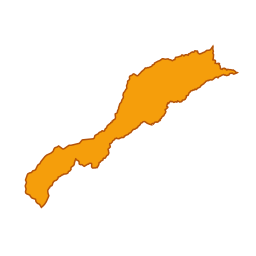 Mathioya, Central, Kenya (Albers equal-area conic projection), rotated 314°
{"feature_id": "3690345B56624904262086", "entity_name": "Mathioya", "entity_type": "district", "adm_level": 2, "iso_a3": "KEN", "parent_name": "Kenya", "parent_adm1": "Central", "projection": "albers", "projection_center": [36.931, -0.636], "detail": "fine", "context": "isolated", "style": "filled", "palette": "amber", "viewbox_px": 256, "rotation_deg": 314, "n_neighbors": 0, "source": "geoboundaries", "source_scale": "gbopen_adm2", "svg_char_len": 5945}
<svg xmlns="http://www.w3.org/2000/svg" viewBox="0 0 256 256"><g transform="rotate(314 128 128)"><path d="M240.3,166.7L242.9,167.9L243.8,168.2L243.6,167.6L242.8,167.0L243.2,165.9L242.8,163.3L242.2,163.0L241.3,161.4L240.3,160.3L239.6,159.1L239.0,158.7L238.4,158.9L238.2,158.5L238.4,157.2L238.1,156.1L237.7,156.2L237.1,155.0L236.4,154.8L235.6,155.0L235.3,154.5L235.2,153.9L234.8,153.5L235.0,153.0L235.4,152.8L236.6,151.0L237.0,149.7L236.9,149.2L237.8,148.9L237.3,148.0L235.9,147.1L235.5,145.9L235.2,145.7L237.0,144.4L237.2,143.9L236.7,142.6L236.0,141.8L236.3,141.4L237.3,141.0L240.2,138.6L240.8,137.0L242.5,136.1L243.2,134.8L244.5,133.4L245.5,132.8L245.8,132.3L241.7,132.9L240.5,132.5L238.5,130.7L235.6,130.3L234.5,129.6L233.5,129.4L233.1,129.1L232.5,129.0L231.7,128.4L231.1,128.3L230.8,127.7L230.7,125.6L230.9,125.2L231.5,124.9L231.5,124.3L231.1,124.0L230.0,122.5L229.4,122.4L228.4,122.7L227.9,122.4L227.5,121.5L226.9,121.4L226.5,121.0L224.6,120.8L223.6,120.2L223.1,120.2L222.6,120.6L222.1,120.7L221.6,119.4L220.4,118.3L218.7,118.2L218.6,116.9L218.0,116.0L217.3,116.0L216.6,116.2L214.8,115.1L214.2,114.9L211.9,113.2L210.8,113.5L209.8,114.2L208.5,113.4L207.4,113.3L207.0,112.7L206.8,111.5L205.8,110.0L205.6,108.8L203.3,107.0L202.2,105.1L201.6,104.5L200.5,104.5L199.5,104.1L199.0,104.2L196.7,103.1L193.1,102.0L192.0,102.5L191.4,102.4L190.3,101.8L189.9,102.1L188.6,102.1L185.6,100.8L185.0,100.1L184.1,99.7L183.6,99.4L183.4,98.9L182.8,98.7L181.1,99.0L180.4,98.8L178.7,98.8L178.2,98.5L177.0,98.7L172.4,98.7L171.8,98.2L171.2,95.3L171.0,94.6L170.4,94.2L168.2,94.1L167.7,93.6L166.6,93.3L165.6,93.6L164.5,95.0L164.0,95.3L162.6,95.4L162.1,95.2L161.5,95.2L160.9,95.6L160.1,96.5L157.4,97.6L155.7,99.6L154.1,99.7L151.9,100.3L150.1,100.4L148.1,101.6L147.4,102.9L145.8,103.9L144.4,104.0L142.6,104.8L142.2,105.2L139.9,105.3L139.3,105.5L137.0,106.8L136.5,106.8L135.3,107.9L133.2,108.5L132.8,108.9L132.4,109.0L132.0,109.4L131.5,109.6L130.5,109.5L129.4,109.0L128.8,109.4L126.7,111.9L125.7,112.4L124.7,112.3L123.6,111.9L123.0,112.2L122.0,111.8L121.5,112.3L120.9,112.3L120.3,111.9L119.8,111.9L119.5,112.2L117.0,111.7L115.1,111.6L113.0,112.5L111.8,112.2L111.0,112.4L110.0,113.0L109.3,113.0L108.8,112.7L108.2,111.5L107.7,111.2L106.6,111.3L106.1,110.9L104.8,110.4L102.7,110.5L101.6,110.0L99.8,109.5L99.3,109.6L97.3,110.7L96.1,110.5L88.1,103.7L87.6,103.4L86.9,103.4L83.3,103.7L76.1,99.1L74.6,97.6L69.5,96.6L68.1,96.2L67.7,95.8L67.5,95.2L66.9,90.6L65.0,90.2L63.6,89.4L62.6,89.1L61.3,89.4L59.6,90.2L58.6,90.3L56.3,90.0L52.0,88.3L49.7,88.1L43.4,88.7L41.0,89.4L39.6,89.0L38.5,88.9L33.8,90.5L32.6,90.2L31.2,89.3L29.7,89.4L28.6,89.3L27.3,88.4L26.1,88.0L25.5,87.8L24.3,88.1L19.4,90.4L18.6,92.3L18.2,92.8L17.8,93.1L15.3,94.1L14.6,94.8L13.3,97.1L11.0,98.5L10.3,99.4L10.2,100.0L10.3,101.0L11.5,103.9L11.0,105.6L10.9,107.3L11.0,107.8L12.5,111.0L11.1,113.0L10.9,115.2L11.6,117.2L11.6,117.7L10.7,120.8L12.5,121.0L15.0,121.0L18.2,120.4L23.4,118.5L24.3,118.1L25.4,115.9L27.0,113.9L27.6,113.5L30.2,112.9L30.6,113.1L31.8,112.6L32.5,112.6L33.3,113.2L33.8,113.0L34.3,113.2L36.2,112.1L37.7,111.8L39.0,111.9L40.5,112.7L42.0,112.8L43.1,112.6L44.3,111.9L45.3,112.5L46.5,112.9L48.1,113.0L48.5,113.4L49.4,113.7L49.9,113.6L52.1,115.4L53.2,115.9L54.1,116.0L55.4,115.4L56.0,115.8L57.0,116.0L58.6,115.8L58.9,115.3L60.2,114.4L63.3,114.9L64.3,114.6L64.8,114.4L66.2,113.3L66.8,113.2L67.8,112.5L68.4,112.4L69.4,111.8L69.6,112.4L69.3,113.8L69.9,114.8L69.8,116.0L69.5,116.5L68.3,117.8L68.3,118.4L68.7,119.4L69.7,120.3L69.9,122.7L70.1,123.2L73.7,124.1L74.6,124.7L75.7,124.7L76.8,125.8L77.1,126.4L76.9,126.8L74.9,128.7L74.6,129.5L74.6,130.3L76.7,132.3L77.3,132.7L77.9,132.8L78.1,133.3L81.0,132.6L83.1,131.3L84.0,131.7L85.0,131.5L86.3,131.7L86.7,132.0L87.2,132.0L87.7,132.2L88.5,131.5L89.0,131.4L89.5,131.5L89.7,131.9L90.6,132.5L93.4,131.9L94.9,132.3L96.2,131.9L97.1,131.2L97.3,130.6L98.1,129.9L98.4,128.9L98.8,128.4L102.1,128.4L102.9,127.3L103.0,126.6L104.1,125.7L104.8,126.4L105.5,126.4L106.9,126.4L108.0,125.9L110.3,126.4L111.4,126.0L111.8,126.4L112.8,126.8L112.7,127.3L113.0,127.7L114.0,129.0L115.0,129.2L116.0,129.8L116.7,129.8L117.3,130.7L118.1,131.4L118.7,131.5L119.7,131.0L120.2,131.4L121.6,131.6L123.2,132.5L124.2,132.6L124.7,132.4L126.8,133.2L128.4,132.8L129.0,132.9L130.6,132.8L132.0,133.8L133.6,134.1L134.2,134.5L134.8,134.3L135.3,134.5L135.9,134.2L136.6,134.1L137.5,134.4L138.8,134.4L140.5,133.9L141.4,134.4L142.0,134.5L142.6,134.4L143.0,134.5L144.1,135.4L144.4,136.0L144.7,138.4L145.7,140.9L146.7,142.8L147.0,142.4L148.0,142.3L148.4,142.6L148.5,143.5L150.6,143.3L151.2,143.5L151.9,144.4L152.4,144.5L152.5,145.0L153.3,145.4L154.5,145.3L155.2,145.7L155.5,145.3L156.0,145.7L156.3,145.2L156.9,145.2L157.3,144.9L157.7,145.2L158.2,145.2L159.2,144.8L160.5,144.8L161.0,144.9L161.3,145.2L161.9,145.0L162.5,145.0L163.7,144.5L165.0,144.4L166.2,143.7L166.6,142.4L167.1,141.9L167.7,142.2L170.4,142.4L170.8,142.0L170.8,141.3L170.4,140.9L171.8,139.9L172.4,139.8L173.2,139.4L173.4,139.9L173.7,140.2L174.2,139.6L174.5,140.0L175.0,140.1L176.4,139.9L176.9,140.2L177.1,141.0L177.7,141.2L178.3,143.2L180.3,144.2L180.3,144.8L180.7,145.2L181.4,145.2L181.9,144.9L182.5,146.4L182.4,146.9L182.7,147.3L184.1,148.2L184.7,148.3L185.2,147.9L185.8,147.8L187.1,148.8L187.8,148.9L188.3,149.2L190.6,148.6L191.7,147.6L192.2,147.8L192.9,148.4L193.4,148.5L195.7,147.5L197.0,147.7L197.9,147.4L199.0,147.8L199.4,148.2L200.6,148.4L201.0,149.1L201.7,149.2L202.3,149.1L202.7,149.4L202.8,150.2L203.3,150.5L205.0,150.4L205.5,150.7L207.4,151.4L208.1,151.4L209.2,151.0L212.7,151.8L213.4,151.6L214.5,151.8L215.8,151.6L216.6,152.1L217.5,152.3L218.0,152.6L218.1,153.1L218.8,153.2L220.2,154.0L220.8,155.0L221.2,155.2L222.7,155.5L224.0,155.5L225.5,155.9L226.4,156.6L226.4,157.5L226.8,158.0L228.0,157.7L229.5,158.4L231.4,158.9L232.4,159.4L232.9,159.7L233.1,160.7L233.6,160.9L234.0,162.2L234.3,162.6L236.2,163.7L236.6,163.7L237.0,163.4L238.0,163.4L240.1,165.1L240.0,166.2L240.3,166.7Z" fill="#f59e0b" stroke="#b45309" stroke-width="1.5"/></g></svg>